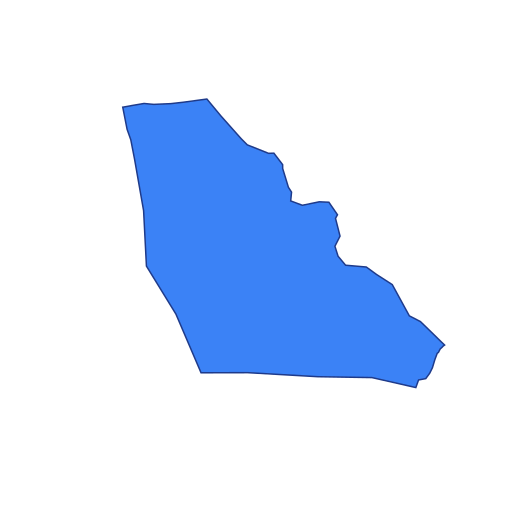 San Miguel Coatlán, Oaxaca, Mexico, rotated 327°
{"feature_id": "50627088B89719266159733", "entity_name": "San Miguel Coatlán", "entity_type": "district", "adm_level": 2, "iso_a3": "MEX", "parent_name": "Mexico", "parent_adm1": "Oaxaca", "projection": "robinson", "projection_center": [-96.66, 16.169], "detail": "fine", "context": "isolated", "style": "filled", "palette": "blue", "viewbox_px": 512, "rotation_deg": 327, "n_neighbors": 0, "source": "geoboundaries", "source_scale": "gbopen_adm2", "svg_char_len": 948}
<svg xmlns="http://www.w3.org/2000/svg" viewBox="0 0 512 512"><g transform="rotate(327 256 256)"><path d="M302.8,119.1L300.3,97.6L278.9,87.5L267.5,81.8L252.9,73.2L250.2,71.1L245.2,67.1L241.7,65.6L233.4,62.0L233.1,61.9L232.8,61.8L225.7,58.8L225.5,58.7L225.3,58.6L216.9,79.5L214.3,90.3L206.9,108.6L186.4,156.8L158.6,204.8L157.2,261.1L146.3,324.0L185.6,349.4L242.1,390.9L287.0,421.1L318.4,453.4L324.8,448.5L331.6,451.3L337.9,448.9L343.1,445.8L349.6,440.3L355.0,436.3L356.5,436.2L359.8,434.3L362.3,433.9L363.8,433.5L365.7,433.4L365.1,430.9L364.6,428.8L363.5,424.0L363.3,423.0L360.5,410.6L358.2,400.6L352.0,389.7L354.7,354.2L347.1,337.3L342.5,325.3L326.1,312.5L324.7,300.9L327.5,290.8L337.3,285.1L343.2,267.7L346.8,265.8L346.4,250.6L338.6,245.0L322.5,238.7L315.1,228.7L320.6,221.8L320.6,216.0L322.6,209.1L326.0,197.2L328.1,193.9L327.0,179.5L322.4,176.7L309.2,158.0L307.4,149.3L302.8,119.1Z" fill="#3b82f6" stroke="#1e3a8a" stroke-width="1.5"/></g></svg>